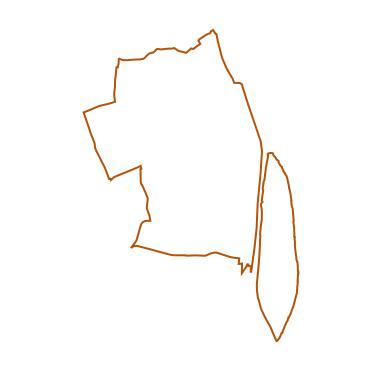 Misr Al-Qadima, Al Qahirah, Egypt (Mercator projection), rotated 173°
{"feature_id": "37247803B34541492244214", "entity_name": "Misr Al-Qadima", "entity_type": "district", "adm_level": 2, "iso_a3": "EGY", "parent_name": "Egypt", "parent_adm1": "Al Qahirah", "projection": "mercator", "projection_center": [31.232, 30.011], "detail": "fine", "context": "isolated", "style": "outline", "palette": "amber", "viewbox_px": 384, "rotation_deg": 173, "n_neighbors": 0, "source": "geoboundaries", "source_scale": "gbopen_adm2", "svg_char_len": 5739}
<svg xmlns="http://www.w3.org/2000/svg" viewBox="0 0 384 384"><g transform="rotate(173 192 192)"><path d="M241.1,140.5L228.2,135.2L220.8,132.2L217.7,131.4L211.0,130.6L207.5,130.1L206.6,130.0L204.6,129.4L196.4,128.7L187.1,127.2L186.0,127.2L184.6,127.6L180.5,128.9L176.9,129.1L174.6,128.7L171.1,127.0L167.0,125.1L161.7,122.7L159.8,122.1L158.1,121.6L156.2,121.1L153.2,120.4L154.4,114.9L152.0,114.8L151.1,114.9L152.4,105.3L147.7,110.7L145.9,113.5L145.0,113.2L145.7,111.9L142.6,111.2L143.5,105.7L143.0,105.6L137.2,127.2L132.2,148.6L128.2,172.8L121.5,203.0L117.5,224.3L117.7,234.4L125.7,272.5L129.1,290.6L129.2,292.6L131.3,294.4L131.7,294.5L136.8,295.2L137.9,299.5L142.5,310.1L145.9,321.8L147.9,338.0L148.6,345.9L148.9,345.9L149.3,346.1L151.4,350.2L153.9,349.0L154.1,348.3L154.2,347.8L154.5,347.6L158.9,346.3L159.8,345.8L166.0,342.7L167.2,341.3L165.7,338.0L169.3,336.1L173.2,333.8L175.3,334.6L180.9,330.8L183.8,332.1L186.1,332.9L187.5,333.4L188.9,334.3L192.0,337.0L194.4,336.8L198.7,337.2L204.6,337.3L206.0,337.4L208.7,338.2L209.2,338.2L209.8,337.9L212.0,336.0L213.2,335.3L213.6,335.1L214.4,335.1L217.0,334.8L217.9,334.5L219.8,333.2L222.7,330.8L223.3,330.5L223.9,330.2L227.4,329.9L232.3,330.4L238.8,330.7L240.0,330.7L242.5,331.1L243.3,331.0L245.7,331.9L248.0,333.2L248.5,332.8L249.0,329.5L249.3,328.0L250.0,326.5L250.2,325.9L250.5,324.8L251.8,324.9L253.6,316.5L254.6,313.0L255.8,305.2L257.3,298.9L257.4,297.0L257.4,292.2L257.4,290.9L264.2,289.7L267.8,289.3L272.9,288.8L274.3,288.5L282.9,286.0L289.9,284.2L286.4,267.9L285.2,261.5L284.3,258.4L283.2,254.0L282.9,252.6L282.8,252.0L282.7,251.3L282.7,250.2L282.8,249.0L282.8,248.2L282.7,247.5L282.6,246.8L282.4,246.0L282.2,245.3L282.0,244.5L279.8,238.6L277.8,232.8L275.6,226.9L274.8,223.8L272.7,215.0L272.3,215.0L272.1,215.2L271.5,215.1L271.3,214.8L271.2,214.6L271.2,214.3L271.1,213.7L268.7,215.4L267.2,216.4L262.5,217.7L251.3,220.7L242.5,223.2L239.8,224.2L239.4,221.3L240.4,221.0L240.5,219.9L241.7,207.7L241.4,206.2L240.5,204.6L238.4,197.5L236.8,191.6L236.7,190.9L236.9,189.9L238.8,182.0L238.6,180.1L238.3,178.7L237.2,174.1L237.1,172.9L236.9,168.5L240.8,168.9L242.1,168.8L243.0,168.6L243.6,168.4L244.4,168.0L245.1,167.5L245.8,166.9L246.1,166.6L246.4,166.0L246.8,165.3L247.9,162.9L249.9,157.9L251.4,154.5L252.4,152.1L253.1,150.7L253.5,150.1L254.1,149.4L254.7,148.6L255.3,148.0L256.4,147.0L257.2,146.1L258.0,145.3L258.7,144.6L259.3,143.8L258.5,144.3L256.9,145.1L256.0,145.4L254.9,145.4L254.2,145.4L253.3,145.2L251.9,144.8L249.8,143.9L241.1,140.5ZM121.9,38.1L120.3,41.1L119.7,41.1L118.9,42.3L119.0,42.8L118.0,44.4L115.4,49.0L113.9,51.4L112.9,52.5L112.5,53.5L111.7,55.5L111.4,55.3L108.7,59.6L106.0,65.2L105.7,65.3L105.3,66.3L103.9,69.7L101.9,74.9L100.9,77.3L100.3,78.6L100.0,80.2L99.4,83.2L98.9,85.7L97.9,89.9L98.1,89.9L98.0,91.2L96.8,97.4L96.6,97.4L96.4,98.8L96.2,98.8L96.2,99.5L96.3,99.5L96.2,100.6L96.5,100.7L96.4,101.9L96.3,103.0L96.0,106.3L96.0,109.8L96.2,110.2L96.4,111.1L96.6,112.6L96.4,114.4L96.5,118.7L96.5,123.6L96.2,128.4L96.0,128.9L95.8,134.4L95.5,134.4L95.4,134.7L95.7,134.9L96.0,136.0L95.6,136.8L95.4,139.1L95.3,141.1L94.9,144.0L94.9,144.4L95.0,144.4L95.1,145.2L95.0,147.6L95.0,149.1L95.0,149.6L95.0,150.1L94.9,150.4L94.9,150.5L94.6,150.7L94.5,151.0L94.5,151.3L94.5,151.5L94.5,152.5L94.3,157.5L94.3,159.5L94.2,160.7L94.1,163.5L94.6,165.3L94.7,167.8L94.6,169.8L94.6,171.4L94.3,171.5L94.4,173.0L94.5,178.2L94.9,183.4L95.1,183.5L95.2,185.1L95.1,185.3L95.1,186.2L95.6,192.0L96.1,196.1L96.7,197.2L97.4,198.5L97.5,198.9L97.5,199.0L97.4,199.1L97.5,199.5L97.7,199.8L97.8,200.0L98.0,200.0L98.3,200.4L98.5,200.7L98.6,201.1L98.7,201.6L98.6,201.9L98.6,202.0L99.0,203.2L99.8,205.0L99.8,205.4L99.7,205.6L99.7,205.8L99.8,205.9L99.8,206.1L100.1,206.3L100.4,206.5L100.7,207.1L101.1,207.7L101.3,208.1L101.5,208.7L102.1,209.9L102.5,210.9L102.5,211.2L102.5,211.4L102.5,211.5L102.4,211.7L102.3,211.9L102.3,212.0L102.3,212.3L102.5,212.4L102.6,212.6L102.9,212.9L103.6,213.5L103.9,213.7L104.0,213.9L104.2,214.2L104.5,214.8L104.8,215.7L105.1,216.4L105.5,216.9L106.1,217.6L106.6,218.3L106.7,218.7L106.8,219.0L106.8,219.4L106.8,219.7L106.8,219.9L106.9,220.2L107.0,220.4L107.2,220.6L107.5,220.9L107.9,221.0L108.3,221.1L108.8,221.1L111.1,221.1L111.5,221.0L111.8,220.8L111.9,220.7L112.2,220.5L112.3,220.2L112.3,219.8L112.1,219.7L111.9,219.4L111.9,219.2L112.6,216.8L113.2,214.8L113.6,213.7L114.3,211.6L115.1,209.1L115.6,207.7L116.2,205.2L116.5,203.8L116.6,203.3L118.2,197.1L118.3,196.5L118.4,196.0L118.6,195.5L118.7,195.1L119.4,193.9L119.7,193.1L119.8,192.7L120.2,191.3L121.4,186.8L121.5,186.4L121.5,186.2L121.3,185.8L121.2,185.7L121.1,185.4L121.1,185.2L121.2,184.7L121.4,183.9L122.2,181.1L122.5,180.2L123.0,178.0L123.5,176.1L123.7,175.3L123.7,174.9L123.7,174.6L123.6,174.4L123.2,173.9L123.2,173.7L123.5,173.5L123.8,173.1L124.1,172.8L124.3,172.4L124.7,171.9L125.0,171.2L125.1,170.7L125.1,170.1L125.1,169.3L125.0,169.0L124.9,166.7L125.0,165.8L125.0,165.4L125.0,164.8L125.2,163.2L125.3,161.2L125.5,160.7L125.6,160.0L125.7,159.3L125.8,158.6L125.8,158.1L125.9,157.5L126.2,155.6L126.3,155.0L126.6,154.5L126.7,153.9L127.0,153.3L127.1,152.8L127.4,151.5L127.5,150.9L127.7,150.3L127.9,149.7L128.0,149.1L128.1,148.5L128.3,147.8L128.4,147.1L128.6,145.9L129.1,144.7L129.1,144.1L129.2,143.5L129.5,142.2L129.6,141.6L129.6,141.0L129.5,140.4L129.6,139.8L129.7,139.2L129.9,138.5L130.1,137.3L130.4,135.4L130.4,134.8L130.5,134.3L130.8,132.4L130.9,131.8L131.0,131.2L131.1,130.6L131.3,130.0L131.4,129.4L131.6,128.2L131.7,127.4L133.0,120.1L136.1,105.2L136.4,104.2L137.5,98.8L138.3,95.5L139.0,91.8L139.5,86.7L139.5,78.5L139.0,76.9L137.7,67.7L137.4,66.6L135.8,61.7L135.4,60.7L133.3,54.9L130.5,48.2L128.3,40.2L127.6,38.0L126.5,34.1L126.2,33.8L125.5,33.9L122.9,36.6L122.7,36.9L121.9,38.1Z" fill="none" stroke="#b45309" stroke-width="2"/></g></svg>